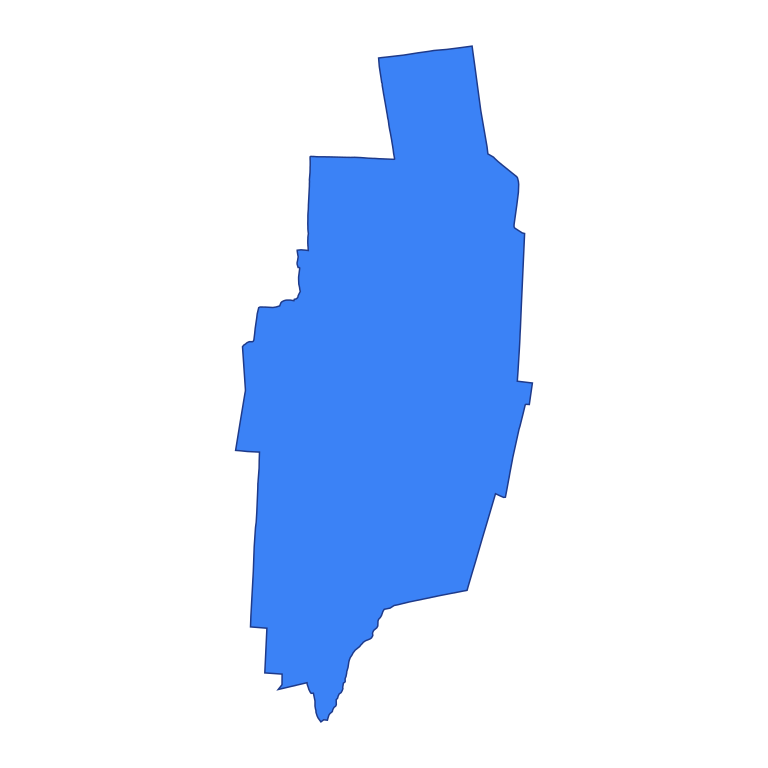 the district of Schela, Galati, Romania
{"feature_id": "2599482B45960847446276", "entity_name": "Schela", "entity_type": "district", "adm_level": 2, "iso_a3": "ROU", "parent_name": "Romania", "parent_adm1": "Galati", "projection": "orthographic", "projection_center": [27.845, 45.517], "detail": "fine", "context": "isolated", "style": "filled", "palette": "blue", "viewbox_px": 768, "rotation_deg": 0, "n_neighbors": 0, "source": "geoboundaries", "source_scale": "gbopen_adm2", "svg_char_len": 4386}
<svg xmlns="http://www.w3.org/2000/svg" viewBox="0 0 768 768"><path d="M255.5,527.4L254.2,546.8L253.3,571.6L250.9,615.9L250.5,626.9L266.9,628.2L264.8,672.9L282.1,674.1L282.0,684.7L278.2,689.5L307.0,682.7L307.1,683.8L307.4,685.0L308.3,687.5L308.8,689.3L309.3,690.3L310.2,692.1L311.1,693.3L311.6,693.3L312.9,693.2L313.4,693.2L315.0,701.0L315.0,706.1L315.5,709.1L315.9,710.3L316.0,712.4L317.1,715.9L318.1,718.0L320.2,720.9L320.9,721.9L323.7,719.8L327.4,720.2L327.9,718.3L328.9,715.1L330.0,713.5L331.9,712.0L332.4,711.3L332.7,709.8L334.0,707.4L335.7,706.1L336.3,704.7L336.2,699.7L337.6,698.2L338.1,696.2L339.2,693.9L341.1,692.6L342.2,690.6L342.9,688.7L342.7,687.2L343.0,685.7L343.4,683.1L344.0,682.7L344.8,682.2L345.2,681.5L345.1,678.8L345.4,677.9L346.0,676.5L346.7,672.9L346.7,671.8L348.0,667.5L348.8,662.1L349.3,660.1L350.3,657.5L352.0,655.0L353.0,653.0L355.2,650.1L356.5,649.1L359.7,646.5L360.8,645.0L362.6,643.2L363.1,642.4L365.6,640.7L368.0,639.8L370.1,638.9L371.5,637.9L372.8,635.6L372.7,634.4L372.5,633.2L372.9,632.0L373.7,630.4L375.6,628.8L376.8,627.8L377.8,626.0L378.0,620.9L378.7,619.2L380.3,617.5L381.5,615.5L382.9,611.5L384.2,609.3L390.1,608.1L394.1,605.5L397.6,604.8L409.0,602.0L440.8,595.4L467.1,590.3L468.0,587.0L472.4,572.0L475.5,561.7L482.4,538.0L487.0,522.6L494.1,498.5L495.5,493.7L500.2,495.9L502.7,497.0L503.6,497.4L505.4,497.2L507.0,488.8L508.9,478.4L509.0,478.1L509.8,473.4L512.6,458.6L512.6,458.3L519.1,428.9L519.9,426.4L523.1,413.6L525.2,404.9L525.9,404.3L529.3,404.5L532.4,383.0L517.3,381.2L518.0,371.2L518.7,359.8L519.3,350.0L519.7,343.0L519.9,338.6L520.1,333.5L520.4,328.4L521.3,306.5L524.6,233.5L522.2,232.9L517.7,230.0L514.8,228.1L514.5,227.8L514.0,226.5L514.1,224.3L516.8,205.1L518.4,192.3L518.7,184.4L518.4,181.5L517.5,177.9L516.8,176.8L509.5,170.9L502.2,165.0L498.2,161.7L495.1,158.8L494.3,158.0L493.6,157.2L487.9,153.9L487.0,146.5L480.8,110.7L474.7,65.1L473.3,55.0L472.8,51.4L472.1,46.1L464.7,47.1L459.5,47.8L446.9,49.4L433.8,50.5L429.1,51.3L417.6,52.9L403.7,55.1L394.9,56.1L388.1,56.9L381.5,57.6L378.6,58.0L379.3,66.6L380.1,71.9L381.1,78.3L381.7,82.5L382.1,83.3L382.2,84.0L382.2,84.3L382.2,85.0L382.2,85.3L382.4,86.6L383.2,91.3L383.6,94.0L383.8,95.0L384.0,96.0L384.5,99.0L385.2,102.8L385.7,105.8L386.3,109.1L386.7,111.7L387.3,114.8L387.6,117.2L387.9,118.7L388.3,120.3L388.6,122.8L388.7,123.3L388.8,124.5L389.3,127.6L389.7,129.8L390.3,132.6L391.1,137.1L391.6,139.8L392.0,142.4L392.7,146.6L393.2,149.9L393.6,153.3L394.6,158.7L394.5,159.2L393.1,159.3L390.4,159.2L388.3,159.1L378.6,158.7L374.6,158.4L372.6,158.4L371.1,158.3L368.4,158.2L364.8,157.9L361.1,157.6L354.6,157.3L350.7,157.4L344.9,157.3L333.6,157.0L329.1,156.9L327.7,156.9L326.2,156.9L325.2,156.8L324.3,156.8L322.1,156.8L319.9,156.8L318.2,156.8L317.6,156.7L317.1,156.8L316.3,156.7L315.1,156.6L313.9,156.5L312.4,156.5L311.3,156.4L310.9,156.4L310.5,156.5L310.2,156.7L310.1,156.9L310.1,157.8L310.1,159.1L310.2,161.0L310.2,162.5L310.2,164.1L310.2,165.3L310.1,167.5L310.1,169.2L310.0,172.7L309.4,179.7L309.5,181.6L309.4,183.5L309.4,186.1L308.7,199.7L308.6,201.2L308.6,201.6L308.4,205.2L308.4,206.5L308.3,209.5L308.0,213.2L307.9,215.6L307.9,219.5L307.8,223.7L307.9,226.8L307.9,228.6L308.0,230.4L308.2,232.3L308.4,233.5L308.1,235.5L307.9,237.3L307.9,238.4L307.8,240.8L307.8,243.3L307.9,244.4L307.9,245.4L308.1,247.1L308.2,249.5L308.3,250.5L306.5,250.3L304.8,250.1L303.2,250.0L301.1,249.8L297.2,250.2L297.2,250.6L297.2,251.0L297.8,254.9L298.2,256.8L297.9,258.5L297.6,260.4L297.1,262.6L297.1,264.1L298.1,267.5L299.0,267.5L299.5,267.7L299.7,267.9L299.7,268.4L299.1,273.2L298.6,277.0L298.6,279.4L298.8,284.1L299.5,287.2L299.9,290.0L300.3,291.3L299.6,292.8L299.3,293.4L298.9,294.1L298.1,295.9L298.0,296.5L297.9,297.1L297.3,298.0L296.7,298.5L296.3,298.8L295.8,299.0L294.3,299.3L293.9,300.7L290.4,300.1L287.8,300.1L286.7,300.1L285.8,300.2L284.6,300.5L283.3,301.0L281.7,301.9L280.9,302.8L279.7,305.9L276.1,307.0L272.9,307.5L265.7,307.1L260.1,307.0L258.7,307.7L257.2,313.9L256.8,317.4L255.2,328.3L254.7,333.3L253.9,339.8L253.6,340.6L253.2,341.3L252.4,341.7L250.3,341.7L249.2,341.7L247.0,342.7L245.4,344.1L243.9,345.0L242.5,346.7L245.4,389.3L245.4,391.0L244.9,393.6L240.4,420.8L235.6,450.4L240.7,450.8L245.4,451.3L247.2,451.5L259.5,452.1L259.2,461.0L259.2,461.8L259.1,468.1L258.2,479.7L258.0,482.7L257.9,483.2L257.8,488.2L256.8,512.1L256.2,522.2L255.5,527.4Z" fill="#3b82f6" stroke="#1e3a8a" stroke-width="1.5"/></svg>